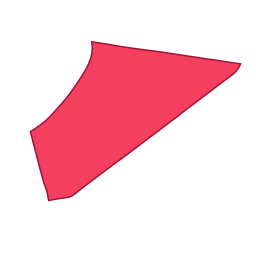 the district of Khlong Toei, Bangkok Metropolis, Thailand, rotated 104°
{"feature_id": "78962969B43095754832061", "entity_name": "Khlong Toei", "entity_type": "district", "adm_level": 2, "iso_a3": "THA", "parent_name": "Thailand", "parent_adm1": "Bangkok Metropolis", "projection": "robinson", "projection_center": [100.573, 13.719], "detail": "fine", "context": "isolated", "style": "filled", "palette": "rose", "viewbox_px": 256, "rotation_deg": 104, "n_neighbors": 0, "source": "geoboundaries", "source_scale": "gbopen_adm2", "svg_char_len": 1664}
<svg xmlns="http://www.w3.org/2000/svg" viewBox="0 0 256 256"><g transform="rotate(104 128 128)"><path d="M217.5,187.4L216.8,185.8L215.1,182.1L213.4,178.1L211.5,173.6L210.2,170.3L209.4,168.7L208.7,167.7L208.3,167.1L208.2,166.9L207.9,166.5L207.7,166.3L207.2,165.7L206.8,165.3L206.1,164.7L204.1,163.1L199.5,159.5L197.8,158.2L197.7,158.2L183.3,146.6L182.1,145.6L179.0,143.1L177.3,141.7L174.0,139.0L170.3,136.0L167.3,133.6L164.1,130.9L161.9,129.1L161.4,128.7L159.4,127.0L157.3,125.3L152.4,121.3L146.6,116.6L142.3,113.1L138.2,109.8L134.1,106.5L133.4,105.9L130.0,103.2L123.8,98.1L119.4,94.6L107.5,85.0L102.8,81.2L101.3,80.2L98.0,77.6L92.7,73.3L89.5,70.7L87.2,68.8L81.4,64.2L79.3,62.5L76.6,60.3L72.6,57.1L71.9,56.5L67.7,53.2L59.5,46.5L59.1,46.2L57.5,44.8L57.2,44.6L55.3,43.0L54.0,42.0L53.0,41.2L51.5,40.0L50.7,39.3L49.3,38.4L47.3,37.1L44.7,35.9L43.1,35.4L42.9,35.3L41.6,34.9L38.5,34.2L38.9,37.9L39.7,46.0L40.5,54.5L41.2,62.6L41.5,64.7L42.0,69.2L42.5,75.1L43.7,87.4L45.0,101.1L46.3,114.8L47.9,129.3L49.2,139.7L49.5,143.1L50.3,150.8L50.9,158.2L51.0,159.1L51.2,162.9L53.1,184.1L56.5,182.8L58.0,182.3L59.6,181.9L61.2,181.6L64.4,181.1L65.9,181.1L67.5,181.1L69.0,181.1L70.6,181.2L72.2,181.4L73.7,181.6L75.3,181.8L78.3,182.4L79.8,182.8L82.7,183.6L84.9,184.2L87.2,184.9L90.2,185.9L93.2,186.9L96.2,188.0L100.7,189.7L105.2,191.4L111.1,193.8L113.9,195.1L118.1,197.2L124.1,200.2L125.1,200.8L129.3,203.0L133.4,205.2L137.5,207.6L140.2,209.3L141.5,210.1L142.7,211.1L148.1,215.4L148.8,216.0L150.1,217.2L151.3,218.3L155.2,221.8L185.9,205.2L201.9,196.2L208.9,191.4L210.0,190.9L210.7,190.6L213.8,189.2L215.4,188.5L217.5,187.4Z" fill="#f43f5e" stroke="#9f1239" stroke-width="1.5"/></g></svg>